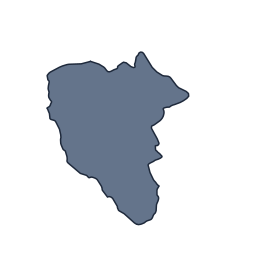 an SVG outline of Badghis, rotated 57°
{"feature_id": "AFG-1741", "entity_name": "Badghis", "entity_type": "Province", "adm_level": 1, "iso_a3": "AFG", "parent_name": "Afghanistan", "parent_adm1": "", "projection": "mercator", "projection_center": [63.837, 35.271], "detail": "fine", "context": "isolated", "style": "filled", "palette": "slate", "viewbox_px": 256, "rotation_deg": 57, "n_neighbors": 0, "source": "natural_earth", "source_scale": "10m", "svg_char_len": 3105}
<svg xmlns="http://www.w3.org/2000/svg" viewBox="0 0 256 256"><g transform="rotate(57 128 128)"><path d="M90.3,74.7L96.8,73.3L102.8,70.5L103.9,69.5L105.7,67.1L106.7,66.0L108.1,65.2L109.6,64.9L118.8,64.3L121.8,63.6L128.8,59.4L131.0,58.7L132.2,58.6L134.4,59.8L135.2,62.6L135.3,66.7L135.0,70.3L133.7,76.2L133.1,78.2L132.9,79.8L133.0,81.7L132.9,82.1L131.8,83.9L131.0,86.1L130.8,87.2L131.0,87.9L131.4,88.2L131.9,88.3L132.8,88.5L133.8,88.9L134.5,89.3L135.2,89.8L136.5,91.1L137.4,92.2L138.4,94.0L139.0,95.8L139.3,97.4L139.6,103.8L139.6,104.7L139.5,105.4L139.3,106.3L139.3,106.9L139.4,107.2L139.7,107.5L140.1,107.8L140.4,108.1L141.2,108.5L153.1,109.4L157.6,110.3L158.1,110.7L158.4,111.3L158.6,111.8L158.7,112.3L158.7,112.8L158.5,113.2L158.5,113.4L158.0,114.1L157.9,114.8L160.6,116.4L161.4,116.7L162.0,116.8L163.4,116.3L164.2,116.3L166.9,115.4L170.2,114.9L170.8,115.5L170.9,116.4L170.9,117.5L170.6,119.6L169.9,122.3L169.8,123.2L169.9,124.7L169.5,128.0L169.4,129.5L169.6,130.7L169.8,131.1L170.2,131.4L177.3,133.8L185.0,134.8L186.3,134.8L188.5,134.4L191.0,134.3L192.8,133.9L193.6,133.6L195.1,136.7L196.2,137.8L199.4,139.8L199.8,140.1L200.3,140.1L202.2,140.0L203.1,140.3L203.9,140.8L204.6,141.5L205.6,142.7L207.5,145.5L208.1,146.1L212.6,149.4L213.6,150.6L214.2,151.7L214.3,152.5L214.6,153.5L215.2,154.6L216.5,156.4L217.0,157.5L217.2,158.4L217.1,159.4L216.3,162.4L216.2,163.4L216.2,164.2L216.4,165.9L216.3,166.6L215.9,168.9L215.5,170.1L214.8,171.7L214.5,172.1L214.2,172.4L213.9,172.5L213.4,173.2L211.1,174.3L197.8,177.9L192.9,180.4L192.0,180.7L191.2,180.7L190.6,180.5L189.6,180.4L189.0,180.2L187.8,179.6L178.6,179.2L177.1,179.7L176.2,180.2L175.5,180.9L175.1,181.5L175.0,181.8L174.7,182.8L166.4,183.4L165.9,183.3L164.0,182.4L163.1,182.2L162.2,182.0L154.9,181.9L154.2,182.0L153.3,182.3L152.2,182.9L150.4,184.2L149.6,185.0L149.1,185.6L148.7,187.2L148.6,187.5L148.1,188.0L147.6,188.1L145.8,188.4L145.1,188.6L140.1,192.7L124.7,197.3L123.2,197.4L122.6,197.2L121.7,196.6L121.1,196.0L118.9,194.8L113.2,193.1L112.0,193.6L110.8,194.0L110.0,194.0L105.7,193.2L104.3,192.8L101.3,191.1L100.5,190.5L99.4,189.4L97.0,188.1L91.6,186.1L85.3,185.4L82.9,185.2L82.1,185.4L81.5,185.7L78.8,188.0L77.6,188.3L73.0,186.0L70.6,185.6L68.4,185.1L67.4,185.2L67.2,185.0L67.1,184.8L67.2,182.3L66.7,181.0L66.3,180.4L66.0,180.2L65.8,179.9L64.7,178.1L64.3,177.8L63.9,177.7L62.6,177.9L59.7,177.8L59.1,177.7L58.2,177.3L57.2,176.7L56.4,176.0L55.7,175.4L55.2,174.9L54.8,174.6L52.6,174.0L52.1,173.8L51.3,173.4L49.3,171.8L46.8,169.3L46.2,168.9L45.7,168.7L45.3,168.7L44.9,168.8L44.2,168.9L43.6,168.8L40.3,167.4L40.0,167.2L39.8,166.9L39.6,166.3L39.0,164.6L38.9,163.7L38.8,162.6L39.7,152.4L40.3,149.1L41.6,144.6L42.4,142.8L48.7,132.3L51.5,123.9L51.5,123.1L51.9,123.0L58.6,117.6L63.6,115.2L65.1,114.8L68.2,114.6L69.7,114.2L70.7,113.1L71.2,111.4L71.5,108.0L72.2,105.1L72.0,104.1L70.7,103.1L70.5,102.0L70.3,97.3L70.4,95.9L72.4,94.0L78.1,92.1L80.2,90.6L80.6,89.8L80.7,89.1L80.3,88.6L78.4,87.9L77.9,87.5L76.9,86.1L73.1,82.6L72.6,81.4L72.3,79.8L71.5,78.6L71.0,77.5L71.3,75.9L72.5,74.7L74.1,74.3L90.3,74.7Z" fill="#64748b" stroke="#1e293b" stroke-width="1.5"/></g></svg>